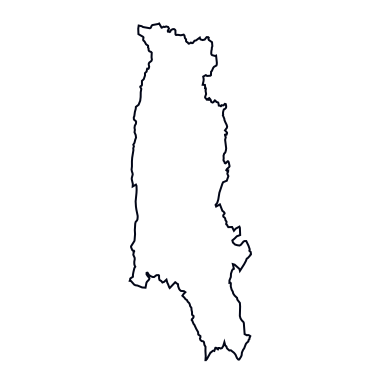 Manjakandriana, Analamanga, Madagascar (Equal Earth projection), rotated 181°
{"feature_id": "10022922B50774823120221", "entity_name": "Manjakandriana", "entity_type": "district", "adm_level": 2, "iso_a3": "MDG", "parent_name": "Madagascar", "parent_adm1": "Analamanga", "projection": "equal_earth", "projection_center": [47.79, -18.821], "detail": "fine", "context": "isolated", "style": "outline", "palette": "ink", "viewbox_px": 384, "rotation_deg": 181, "n_neighbors": 0, "source": "geoboundaries", "source_scale": "gbopen_adm2", "svg_char_len": 6053}
<svg xmlns="http://www.w3.org/2000/svg" viewBox="0 0 384 384"><g transform="rotate(181 192 192)"><path d="M170.3,328.8L171.2,328.4L174.3,329.2L174.9,329.8L175.2,330.9L175.1,333.3L174.7,335.2L174.7,336.6L174.2,338.2L174.6,342.1L177.8,344.3L178.3,345.5L177.9,346.5L178.5,347.1L180.1,347.1L182.0,344.6L184.0,344.1L186.1,344.7L186.5,345.2L186.9,346.5L190.7,343.6L192.1,343.3L193.8,341.0L194.6,340.8L195.7,341.4L197.2,340.4L198.0,340.3L199.1,341.6L199.9,341.9L200.6,342.8L200.6,344.5L201.7,345.7L202.3,348.3L203.1,349.2L205.9,348.5L208.9,348.9L210.7,348.7L211.2,349.2L211.3,350.0L211.4,353.3L211.9,354.0L212.9,354.6L214.3,354.4L215.8,353.5L216.2,353.0L216.5,352.0L217.0,351.6L217.7,352.0L218.7,351.8L218.9,352.0L219.0,352.8L217.9,355.0L218.7,356.5L220.7,357.1L222.1,356.5L223.3,356.8L224.8,355.9L225.3,355.8L227.8,359.9L228.7,359.4L234.6,358.2L235.3,357.4L236.1,355.5L237.0,355.0L243.9,356.1L245.2,356.9L248.2,357.5L248.6,354.4L248.3,348.9L243.8,346.4L243.3,345.9L243.2,345.4L243.5,343.9L243.3,342.7L242.1,341.7L240.5,338.9L238.5,337.5L238.4,337.1L238.5,335.7L237.9,334.8L237.9,333.3L237.5,332.4L237.0,331.9L235.5,331.4L234.7,330.6L234.8,326.0L234.4,323.6L234.9,322.3L236.9,320.7L237.4,319.8L237.5,318.8L237.0,316.4L237.4,314.9L237.7,314.4L238.9,314.6L239.1,314.2L239.5,311.6L240.9,310.3L241.1,309.8L241.0,307.7L242.2,304.0L244.0,302.2L243.9,298.2L244.2,297.5L245.4,296.7L245.6,296.2L244.5,294.2L245.0,290.9L245.0,286.0L245.4,282.3L246.9,278.3L249.6,276.1L249.7,274.2L250.5,271.1L251.0,266.9L251.5,265.6L251.4,263.8L250.9,263.0L249.5,262.0L249.1,261.1L249.3,259.2L250.3,257.4L250.6,255.1L250.2,253.2L250.5,250.7L249.3,248.0L248.9,245.4L249.6,243.5L250.4,240.1L251.5,238.3L250.9,236.6L251.5,234.7L251.3,232.9L252.4,225.3L252.6,221.7L252.5,216.5L252.8,213.4L252.4,211.4L251.8,209.8L251.6,208.4L252.5,204.8L252.4,203.4L251.3,199.0L251.4,196.5L248.2,198.4L247.6,197.1L247.4,193.2L247.5,190.1L248.2,181.6L247.8,176.5L247.3,173.4L245.9,167.1L245.9,165.7L246.1,163.5L246.6,162.5L247.8,161.1L248.2,159.4L248.5,153.0L248.2,148.8L248.6,142.6L248.8,141.9L252.0,136.6L251.9,135.6L250.7,132.9L250.2,132.5L249.1,132.3L248.8,131.9L248.8,131.4L249.4,130.9L249.3,130.1L249.6,128.2L248.2,125.2L248.1,123.8L248.5,121.2L248.4,118.8L248.0,117.4L247.4,116.3L248.3,114.9L249.2,110.8L249.6,108.3L249.6,106.2L252.0,104.6L252.3,104.1L252.3,103.2L252.7,102.1L251.4,101.9L248.2,98.4L247.0,97.8L244.8,97.5L240.2,95.7L236.8,95.5L236.0,100.3L235.5,101.4L233.6,103.5L233.1,104.6L233.1,105.1L233.7,106.0L234.5,106.7L236.0,108.9L236.0,110.3L235.4,110.6L235.0,110.5L233.6,108.3L232.0,107.2L230.1,106.4L228.5,106.3L226.1,108.2L223.9,108.3L223.5,107.8L223.4,104.9L222.9,103.4L221.1,102.4L220.0,101.0L218.3,101.7L216.0,103.9L215.1,100.8L214.3,99.3L213.1,96.3L212.6,95.6L207.2,101.5L206.7,101.2L205.9,100.4L204.4,99.6L204.2,97.5L203.2,94.9L202.4,93.8L201.3,92.9L198.3,92.7L196.9,91.7L198.7,89.8L199.8,88.1L197.8,86.3L196.7,84.8L195.0,83.7L194.5,82.4L192.9,80.9L192.3,79.7L191.8,77.8L190.6,76.2L190.4,74.0L189.9,72.1L189.8,69.5L189.4,68.8L188.4,68.2L188.2,67.2L188.7,66.0L190.0,64.7L190.0,63.9L189.7,63.8L188.1,60.1L187.4,59.4L185.3,55.1L183.5,52.1L183.2,49.6L181.1,48.1L181.0,47.0L181.5,45.6L181.0,44.2L179.7,43.1L178.5,43.0L177.7,42.5L177.4,41.9L176.9,39.3L175.8,37.5L175.8,33.3L175.4,28.1L175.6,24.1L175.2,24.1L174.1,25.4L170.7,31.8L170.4,31.8L168.4,33.6L167.7,33.8L166.9,33.5L165.9,36.6L165.5,36.7L164.5,36.4L164.0,35.4L163.3,35.1L162.7,36.5L161.7,36.5L160.6,36.0L159.3,36.5L158.1,38.5L157.0,42.4L156.1,39.2L154.9,38.1L154.5,36.7L154.0,36.0L151.9,34.2L150.4,34.4L147.2,32.0L145.7,30.2L144.2,26.9L142.9,25.4L142.3,25.2L141.8,25.4L140.0,28.4L139.5,29.8L139.3,32.3L138.2,35.0L137.1,36.6L135.5,41.0L134.6,42.2L133.1,43.5L132.9,44.9L132.0,46.0L132.0,46.9L131.2,48.9L132.2,49.6L133.5,50.0L134.6,49.7L136.9,50.8L137.9,61.9L138.4,63.0L139.9,64.4L141.3,66.5L142.0,68.9L141.9,78.3L142.2,81.9L144.8,85.2L145.1,86.9L147.6,89.2L149.0,91.2L149.5,93.1L150.7,95.1L151.6,98.3L151.6,101.5L152.1,102.0L153.0,101.8L153.0,104.3L151.7,107.7L151.6,111.0L150.6,114.2L149.9,115.4L148.9,115.7L148.8,116.0L149.9,120.6L148.1,120.1L143.2,115.9L142.7,114.0L138.6,120.7L136.9,124.0L136.1,126.3L135.0,127.0L133.0,129.3L132.3,130.7L132.0,130.7L132.0,131.4L132.3,133.1L133.6,134.2L133.3,135.8L134.6,139.3L136.9,143.9L138.4,143.9L139.6,143.4L142.2,140.1L143.5,139.3L145.8,139.6L148.0,140.2L150.2,142.2L150.8,144.3L148.6,146.2L146.4,148.5L143.1,149.8L143.5,157.0L144.0,158.2L147.7,156.1L149.4,154.0L151.3,157.7L155.1,157.5L155.8,158.5L156.2,159.5L157.1,160.2L157.3,160.6L157.0,161.7L157.0,163.0L158.0,164.3L158.4,166.1L158.8,166.8L160.1,167.8L160.4,168.6L160.3,169.4L159.1,171.0L159.0,171.4L160.0,172.8L161.3,173.7L163.9,180.1L167.6,177.9L168.2,179.5L166.6,181.5L165.6,184.9L164.6,191.8L161.8,200.7L161.1,202.3L157.4,203.9L157.1,204.9L155.9,208.5L157.0,210.8L156.8,212.0L156.3,212.7L156.2,214.1L157.4,213.8L158.1,214.4L157.5,215.5L155.3,217.6L154.9,218.5L155.7,222.0L156.1,223.0L156.6,223.4L157.0,223.3L158.7,221.4L159.2,221.2L159.8,221.6L160.2,223.1L160.8,223.6L161.1,224.4L160.9,226.3L161.1,228.8L160.5,231.0L159.8,231.6L159.3,232.4L158.8,234.4L158.6,236.3L159.8,244.8L159.2,247.3L159.9,249.1L160.0,249.9L159.5,250.1L159.1,249.8L158.5,249.9L158.0,251.2L158.0,251.9L158.6,252.7L160.1,254.2L158.3,256.7L158.0,258.0L158.6,259.9L159.9,262.4L160.8,264.5L161.0,265.9L162.5,269.3L162.2,269.8L162.4,271.4L162.2,273.1L161.6,275.1L160.3,275.8L159.5,276.8L159.3,277.7L159.5,279.5L159.9,279.7L159.9,280.5L160.7,280.7L162.0,279.2L162.7,279.1L163.8,279.3L164.5,278.3L164.9,278.3L165.4,278.8L166.7,278.9L167.2,281.5L167.7,282.1L169.1,282.4L170.3,283.8L170.8,284.0L172.1,282.2L173.1,281.8L174.3,282.4L175.1,284.7L176.4,286.2L177.7,285.4L177.8,285.0L177.5,284.5L178.9,284.6L179.2,285.2L180.3,286.3L180.6,287.1L179.6,290.2L180.2,293.4L179.9,295.3L180.1,296.0L180.8,296.0L180.7,297.5L181.0,299.3L183.2,299.4L182.4,303.2L182.3,305.0L182.8,307.6L180.2,309.1L179.0,308.3L175.7,308.6L175.1,309.1L175.0,312.7L174.3,313.3L172.9,316.6L172.1,317.6L169.8,318.9L169.5,319.9L169.4,321.6L170.3,328.8Z" fill="none" stroke="#020617" stroke-width="2"/></g></svg>